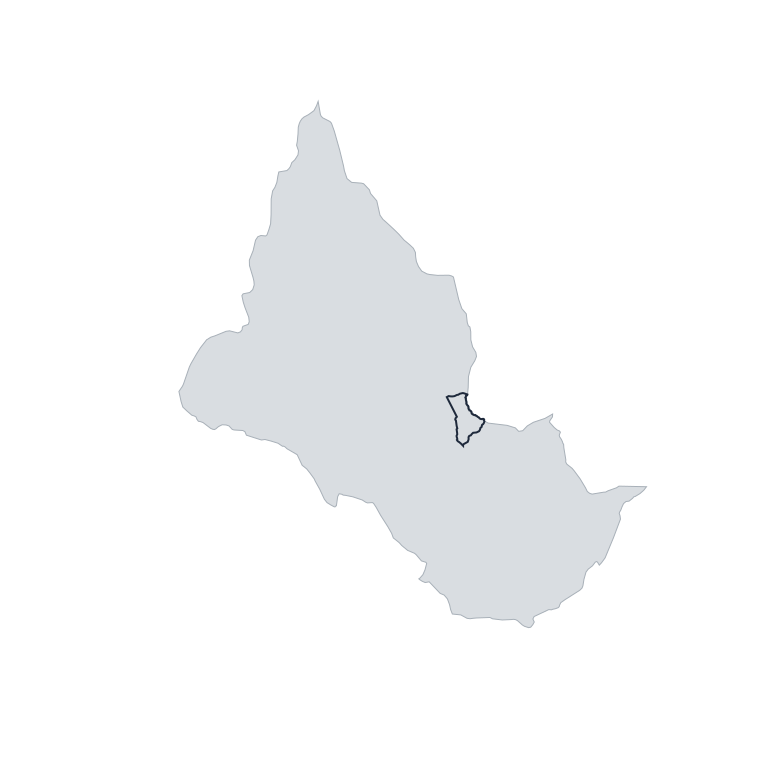 Djoukou, Kémo, Central African Republic shown in context, rotated 244°
{"feature_id": "33826404B12088014945622", "entity_name": "Djoukou", "entity_type": "district", "adm_level": 2, "iso_a3": "CAF", "parent_name": "Central African Republic", "parent_adm1": "Kémo", "projection": "albers", "projection_center": [19.458, 5.319], "detail": "fine", "context": "in_parent", "style": "outline", "palette": "slate", "viewbox_px": 768, "rotation_deg": 244, "n_neighbors": 0, "source": "geoboundaries", "source_scale": "gbopen_adm2", "svg_char_len": 6060}
<svg xmlns="http://www.w3.org/2000/svg" viewBox="0 0 768 768"><g transform="rotate(244 384 384)"><path d="M519.3,293.4L525.7,295.0L526.8,296.9L525.1,303.4L526.4,307.4L530.0,310.8L533.6,312.2L537.2,313.0L549.4,315.0L554.4,317.3L561.2,324.8L569.6,331.6L571.7,335.2L571.4,338.5L568.9,342.6L569.3,344.2L573.2,348.2L577.7,352.3L585.8,356.8L599.9,363.8L606.4,368.6L608.6,372.2L612.2,376.1L617.3,379.7L620.7,382.4L618.4,390.3L619.2,392.9L620.4,395.1L623.4,398.2L624.6,402.2L627.6,407.1L631.1,409.4L636.9,410.1L640.0,412.4L646.4,416.3L652.5,419.6L655.2,422.0L656.9,424.0L658.3,426.5L659.0,429.0L659.2,434.3L660.4,440.9L663.7,445.4L666.9,448.7L654.2,445.0L652.4,444.9L650.1,445.6L643.6,450.5L641.5,451.1L633.2,450.2L613.2,446.6L597.7,443.2L593.1,441.9L584.8,440.8L579.4,443.3L574.4,451.8L572.9,453.5L564.9,456.0L561.1,455.4L551.8,457.8L537.5,454.4L532.4,455.2L528.4,456.9L518.1,460.9L511.8,463.1L504.6,465.1L497.7,468.2L493.1,469.9L488.5,469.9L484.4,468.2L479.9,466.8L474.5,466.5L468.9,467.4L464.2,470.8L462.3,473.2L458.2,479.7L453.3,490.1L451.4,492.2L449.7,493.3L427.2,488.2L417.6,487.0L411.0,488.7L402.8,485.8L399.3,485.3L397.6,486.2L393.0,484.9L385.6,481.4L378.5,479.9L372.1,480.4L368.2,479.2L365.1,475.8L361.0,469.4L353.7,463.2L343.9,458.1L337.8,454.4L335.4,451.8L330.1,450.4L322.0,450.1L314.3,452.6L303.2,460.5L292.8,476.6L287.0,482.8L282.4,484.3L281.2,488.2L283.5,494.4L284.1,501.5L282.5,513.6L283.1,522.4L280.6,521.0L278.2,516.8L277.1,516.0L270.3,517.9L266.7,519.5L264.9,521.1L263.4,521.4L261.2,519.1L259.5,518.7L256.8,519.1L254.1,519.1L252.3,518.8L251.1,519.0L247.9,517.7L236.2,514.2L234.2,513.1L231.8,513.2L225.7,516.1L222.5,516.9L212.7,518.7L202.3,519.6L198.3,519.6L195.6,520.9L193.8,522.8L190.5,533.9L189.7,535.8L189.8,538.6L188.8,547.5L189.2,550.4L176.6,574.9L174.6,570.8L173.3,566.0L172.8,560.5L173.1,559.0L172.3,557.4L171.3,552.9L172.3,550.0L171.5,546.9L169.1,543.9L166.9,541.6L165.6,539.6L164.6,538.7L162.2,538.4L158.9,537.3L145.2,522.8L130.8,506.5L128.0,501.2L126.8,498.1L130.3,497.8L131.2,497.3L131.3,495.8L129.2,491.7L128.1,486.4L126.4,483.1L120.8,478.1L115.4,474.3L113.7,472.4L112.8,469.6L110.8,452.0L110.0,447.1L108.3,444.9L107.1,443.9L106.6,442.6L106.9,439.5L107.6,436.7L107.6,435.6L109.0,433.2L109.2,417.0L107.5,414.8L104.2,414.7L102.5,412.3L101.1,409.3L101.6,407.2L104.7,404.0L106.8,402.7L112.9,400.2L114.6,398.9L115.7,397.3L116.5,395.1L120.1,386.8L125.4,378.6L127.7,376.9L133.1,364.7L134.3,361.6L135.3,358.5L137.0,355.9L142.8,351.8L147.3,344.6L152.0,345.0L156.9,346.2L163.1,346.8L168.0,345.5L171.2,342.7L186.4,337.9L187.5,334.0L189.9,331.9L192.7,330.2L193.6,329.9L193.8,331.2L195.5,335.3L198.9,339.3L204.0,343.7L205.4,343.5L208.6,340.1L216.5,338.1L218.5,337.2L224.1,332.3L230.9,329.2L234.8,328.1L241.6,324.9L246.4,325.4L254.2,324.9L267.2,323.4L276.6,322.9L281.3,322.3L282.5,321.6L284.4,317.0L285.8,315.7L289.3,313.6L296.2,306.6L300.8,300.6L302.1,298.5L303.1,298.1L305.0,295.6L303.1,293.0L295.4,287.8L295.5,287.0L295.0,286.1L295.5,285.4L298.4,283.3L302.4,280.8L306.6,279.9L317.7,280.1L327.1,279.6L329.3,279.7L336.6,278.4L341.6,277.3L346.8,274.8L358.5,275.0L368.2,268.5L371.0,267.4L372.2,266.4L372.6,265.4L377.2,262.8L382.2,257.5L386.3,252.7L387.4,249.3L398.3,237.9L402.2,238.1L404.1,236.7L408.4,229.1L409.7,227.7L414.3,226.3L416.4,224.1L418.3,220.7L418.3,216.6L417.4,213.2L417.4,211.6L418.4,210.2L420.2,208.7L428.6,204.5L430.7,202.5L431.9,200.8L434.3,200.4L436.8,200.6L438.4,199.5L440.2,197.6L446.0,195.1L451.4,193.1L457.0,193.9L467.2,196.4L470.3,201.8L471.8,203.7L484.5,216.4L486.9,219.4L493.2,228.7L497.1,235.0L501.5,244.0L502.0,248.9L501.4,253.1L500.6,265.1L499.5,268.5L494.0,275.0L493.8,277.9L495.0,280.3L496.7,281.3L497.7,282.5L497.1,288.1L499.1,290.2L503.3,291.7L513.8,292.6L519.3,293.4Z" fill="#d9dde1" stroke="#a8b0b8" stroke-width="1"/><path d="M344.8,436.8L344.7,434.7L322.6,435.1L322.2,434.2L321.8,433.2L320.7,432.4L319.5,432.6L314.4,430.9L311.9,430.4L311.5,429.4L308.3,428.4L306.7,427.8L305.6,426.5L304.8,426.2L303.3,426.0L302.2,425.7L301.8,425.0L300.8,425.1L300.1,425.3L299.0,426.0L297.1,426.9L293.8,428.0L294.4,428.3L295.0,429.0L295.1,430.3L295.3,433.9L297.2,435.8L299.2,436.7L300.0,437.9L299.8,439.6L300.4,440.6L301.1,442.7L299.9,445.9L299.9,448.7L300.8,450.2L302.2,451.3L302.6,452.9L304.1,454.0L304.4,454.6L304.4,455.4L305.2,456.7L306.4,457.9L306.8,457.9L307.3,457.9L307.7,458.0L307.8,458.1L307.9,458.3L308.0,458.4L308.4,458.4L308.6,458.4L308.8,458.3L308.9,458.1L309.1,458.0L309.2,457.8L309.3,457.7L309.4,457.3L309.5,457.0L309.5,456.9L309.6,456.7L309.7,456.4L309.8,456.1L309.9,455.9L310.1,455.7L310.4,455.4L310.5,455.3L311.0,454.9L311.3,454.8L311.6,454.8L311.8,454.7L312.1,454.7L312.4,454.6L312.6,454.5L312.8,454.3L313.0,454.1L313.3,453.9L313.5,453.8L313.8,453.7L314.0,453.6L314.4,453.4L314.6,453.4L314.8,453.3L314.9,453.2L315.0,453.0L315.2,452.9L315.3,452.7L315.5,452.6L315.8,452.6L316.0,452.5L316.0,452.4L316.2,452.1L316.2,451.9L316.3,451.7L316.5,451.4L316.8,451.2L317.1,450.9L317.5,450.6L317.8,450.5L318.1,450.3L318.4,450.1L318.7,450.0L318.9,449.9L319.3,449.9L319.5,450.0L319.8,450.1L320.0,450.1L320.3,450.1L320.5,450.2L320.7,450.3L320.8,450.4L321.0,450.4L321.4,450.3L321.6,450.2L321.8,450.1L321.9,449.9L322.1,449.8L322.3,449.7L322.5,449.7L322.9,449.4L323.0,449.2L323.5,449.2L323.8,449.2L324.1,449.1L324.4,449.1L324.7,449.2L325.0,449.2L325.4,449.3L325.7,449.4L326.0,449.6L326.3,449.8L326.5,449.9L326.9,450.0L327.1,450.0L327.3,450.0L327.4,449.9L327.7,449.7L328.0,449.6L328.4,449.5L328.7,449.5L329.1,449.5L329.4,449.4L329.8,449.3L330.2,449.4L330.7,449.5L331.1,449.8L331.3,450.0L331.7,450.2L332.0,450.2L332.2,450.3L332.5,450.3L332.8,450.4L333.1,450.5L333.5,450.6L333.9,450.6L334.1,450.7L334.4,450.9L334.6,451.0L334.9,451.2L335.2,451.3L335.5,451.2L335.8,451.1L336.1,451.1L336.3,451.3L336.4,451.6L336.7,452.0L337.0,452.2L337.2,452.5L337.3,452.6L337.4,452.8L337.5,452.8L337.5,453.0L337.4,453.2L337.4,453.3L337.5,453.5L337.6,453.8L337.6,454.0L337.8,454.3L338.0,454.4L340.5,451.9L341.3,450.9L342.0,448.0L341.8,446.0L342.2,444.8L342.2,442.1L342.7,440.4L343.6,438.6L344.8,436.8Z" fill="none" stroke="#1e293b" stroke-width="2"/></g></svg>